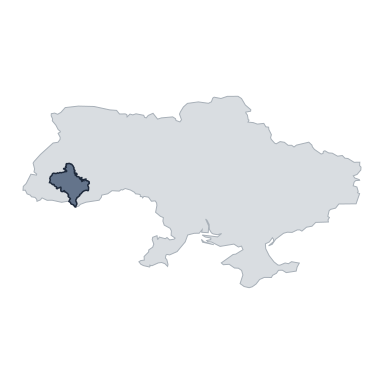 Ivano-Frankivs'k on a map of Ukraine (Natural Earth projection)
{"feature_id": "UKR-289", "entity_name": "Ivano-Frankivs'k", "entity_type": "Region", "adm_level": 1, "iso_a3": "UKR", "parent_name": "Ukraine", "parent_adm1": "", "projection": "natural_earth1", "projection_center": [24.645, 48.617], "detail": "fine", "context": "in_parent", "style": "filled", "palette": "slate", "viewbox_px": 384, "rotation_deg": 0, "n_neighbors": 0, "source": "natural_earth", "source_scale": "10m", "svg_char_len": 7997}
<svg xmlns="http://www.w3.org/2000/svg" viewBox="0 0 384 384"><path d="M269.2,255.7L274.0,261.9L277.9,265.0L279.9,265.2L285.1,263.0L288.5,263.7L291.5,261.7L299.3,263.1L297.1,267.1L296.2,271.1L286.2,272.6L282.4,270.2L278.5,270.3L276.4,273.3L272.6,275.3L271.4,277.5L264.2,277.4L259.6,279.5L256.1,284.0L252.2,286.8L249.1,287.7L244.1,286.5L240.1,283.6L242.9,275.0L241.6,270.4L238.4,268.2L234.5,268.0L229.2,264.3L223.3,264.7L221.3,262.9L233.1,254.5L235.8,254.1L243.0,249.7L241.5,246.1L238.4,247.0L233.9,244.1L220.1,246.4L211.6,242.1L207.7,241.6L206.6,240.5L210.7,239.6L210.9,238.0L205.3,237.0L202.2,235.0L217.6,236.9L221.6,233.5L217.4,234.7L213.1,233.9L211.4,232.8L209.4,229.4L209.2,224.6L207.1,220.4L205.6,219.0L208.7,226.0L208.2,232.7L201.7,232.3L202.2,229.6L199.2,233.2L194.2,233.3L187.7,235.0L185.2,241.9L177.1,251.6L169.6,254.9L166.9,254.4L165.9,255.2L165.4,258.1L166.8,259.6L168.0,264.4L167.6,266.4L164.9,263.7L161.7,262.5L158.3,262.9L152.0,265.7L149.8,265.2L150.0,266.6L149.5,267.0L143.5,265.6L140.9,264.3L138.9,261.8L140.7,260.6L144.3,260.1L144.1,256.5L148.6,252.0L148.8,249.9L152.7,247.2L153.8,244.1L152.2,239.6L152.7,237.3L157.0,235.7L157.5,239.2L158.4,238.9L159.3,237.1L165.3,238.7L167.0,237.5L169.6,239.9L174.1,239.2L175.1,238.1L171.1,235.3L171.4,230.9L170.1,228.3L164.2,225.1L162.9,221.1L163.4,217.6L160.4,216.3L155.6,212.3L156.9,205.5L156.6,202.9L155.2,200.9L151.4,201.2L148.5,197.2L143.9,196.4L142.6,197.9L141.9,196.5L140.3,196.6L140.4,194.9L139.3,194.3L135.5,193.8L134.5,192.3L130.4,190.0L125.2,188.5L122.5,190.0L121.2,189.6L119.2,191.1L112.0,190.7L107.7,193.8L101.8,195.1L101.3,197.3L99.2,200.2L86.0,202.2L80.4,204.3L78.6,206.2L75.2,206.8L69.2,201.7L67.4,201.3L61.6,202.3L52.0,200.2L47.1,200.3L42.0,197.9L40.4,199.9L37.0,201.3L36.7,199.3L35.0,197.4L31.5,196.8L30.3,195.1L27.1,193.9L25.3,190.2L23.0,190.3L23.3,186.4L26.2,183.5L30.9,174.2L36.5,175.1L36.7,174.0L34.0,171.9L34.6,168.9L33.1,163.1L34.1,161.5L40.4,154.5L53.1,143.0L57.9,142.3L60.1,139.4L60.2,137.3L58.1,133.3L60.4,131.9L60.2,131.2L58.2,129.6L55.9,125.2L52.3,120.8L52.6,118.8L51.2,115.9L51.3,113.7L54.7,113.1L57.6,114.3L60.9,112.4L65.2,107.6L78.3,106.1L94.1,106.5L109.8,109.9L116.6,110.4L119.5,114.0L125.2,113.9L126.8,114.6L127.1,116.9L130.0,114.1L132.8,114.9L136.0,113.8L143.7,115.3L144.6,117.4L146.2,117.9L148.3,115.4L153.0,113.3L157.6,119.1L161.4,117.9L172.7,116.9L175.5,118.7L176.0,120.5L179.9,121.9L181.5,119.8L179.5,114.1L180.4,111.9L183.4,107.0L187.4,103.4L198.3,101.9L208.5,103.3L211.4,101.8L212.8,98.1L214.1,97.2L221.0,98.5L227.2,96.4L238.0,96.3L241.5,98.5L245.3,105.0L250.8,109.7L250.6,111.2L245.8,112.1L245.8,112.9L247.4,115.1L248.2,119.6L249.0,120.1L248.0,122.1L253.2,122.6L257.3,124.1L263.8,123.4L265.8,126.8L268.6,127.2L268.8,129.4L271.4,134.7L270.6,137.5L271.1,139.2L274.7,143.2L276.2,143.8L280.1,141.6L284.4,142.3L288.1,145.3L291.7,145.3L294.0,147.0L296.5,145.1L308.8,142.2L311.9,145.1L312.4,146.9L314.4,149.4L321.1,154.0L323.0,153.5L323.4,151.4L324.9,150.8L328.6,152.9L332.3,153.2L337.6,156.2L342.3,155.5L344.9,158.2L347.9,158.5L354.1,162.3L359.8,162.2L359.6,165.6L361.0,167.1L360.8,170.0L357.0,174.5L353.3,175.8L354.7,178.0L359.3,179.6L359.6,180.3L355.6,180.6L354.1,182.2L353.2,185.8L356.9,187.0L358.2,191.4L357.5,192.7L359.6,193.6L356.1,203.8L338.8,204.0L335.6,208.1L330.6,209.4L329.1,210.7L327.8,216.4L329.4,217.5L328.0,219.9L328.4,222.0L315.7,222.4L312.0,226.2L306.5,227.2L301.9,231.1L299.8,229.9L297.3,229.9L292.1,232.4L287.3,232.2L283.5,233.3L275.7,239.2L272.2,244.3L268.6,245.8L273.5,241.6L273.6,239.4L272.4,237.7L269.4,241.9L265.4,243.8L265.7,248.7L269.2,255.7ZM213.8,244.7L202.6,242.2L201.4,239.4L204.0,241.8L213.8,244.7Z" fill="#d9dde1" stroke="#a8b0b8" stroke-width="1"/><path d="M75.8,206.9L75.2,207.0L74.9,206.8L74.4,206.2L73.8,205.2L73.6,205.0L73.3,204.7L71.7,204.2L71.1,203.9L70.8,203.6L70.7,203.3L70.7,202.9L70.5,202.6L70.2,202.2L69.8,201.9L69.0,201.5L69.1,201.3L69.3,200.4L69.4,200.1L70.4,198.9L70.4,198.7L69.7,197.9L68.4,196.8L68.3,196.6L68.2,196.3L68.1,196.1L68.1,195.9L68.2,195.7L68.5,195.3L68.5,195.1L68.5,194.9L68.1,194.4L67.8,193.8L67.6,193.6L66.4,192.6L66.0,192.4L65.8,192.2L65.7,192.1L65.4,191.9L64.9,191.9L64.7,191.2L64.3,190.9L64.1,190.7L63.9,190.8L63.8,191.1L63.7,191.2L63.5,191.3L63.3,191.5L63.1,191.5L62.7,191.6L62.2,191.6L61.6,191.5L61.5,191.4L61.4,191.3L61.1,191.2L60.9,190.9L60.8,190.1L60.8,189.8L60.8,189.6L60.9,189.0L60.9,188.8L61.0,188.6L60.9,188.3L60.9,188.2L60.9,187.5L60.9,187.3L60.7,187.2L60.4,187.2L59.5,187.7L59.2,187.9L58.3,188.0L57.9,188.2L57.6,188.5L57.4,188.7L57.2,188.7L56.9,188.7L56.7,188.6L56.5,188.4L56.6,188.2L56.7,187.8L56.7,187.6L56.7,187.3L56.5,187.1L56.4,186.9L56.2,186.7L55.8,186.6L55.6,186.6L55.4,186.5L54.4,185.7L54.2,185.5L54.2,185.3L54.2,185.0L54.2,184.9L54.2,184.7L53.8,184.5L53.6,184.4L53.3,184.4L53.1,184.5L52.8,184.6L52.7,184.6L52.2,184.3L51.0,183.1L50.3,182.8L49.5,182.6L50.3,180.0L50.3,179.8L50.2,179.4L50.1,179.2L49.9,179.0L49.8,178.9L49.8,178.7L50.4,176.7L50.5,176.5L50.8,176.4L51.6,175.7L51.9,175.3L52.4,174.0L52.4,173.9L52.6,173.7L52.9,173.5L53.2,173.3L53.4,173.3L53.7,173.2L55.6,173.5L56.6,173.4L56.9,173.3L57.3,173.0L57.4,172.9L57.5,172.9L58.4,173.2L58.6,173.2L58.8,173.1L59.6,172.6L59.9,172.5L60.2,172.5L61.0,172.8L61.3,172.8L62.2,172.4L62.4,172.4L62.9,172.4L63.3,172.3L63.5,172.3L64.3,171.9L65.0,171.6L65.3,171.6L65.6,171.6L65.8,171.7L66.0,171.7L66.3,171.5L66.5,171.4L66.7,171.2L66.7,170.9L66.2,170.3L66.0,170.5L65.6,170.4L65.2,170.3L65.1,170.2L65.0,169.6L65.0,169.4L65.2,169.2L65.2,168.9L64.9,168.7L64.7,168.7L64.6,168.8L64.2,169.1L63.9,169.1L63.7,169.0L63.6,168.9L63.7,168.6L63.8,168.5L64.2,168.3L64.4,168.3L64.8,168.3L65.1,168.3L65.3,168.2L65.6,167.8L66.2,167.3L66.3,167.2L66.2,166.9L65.6,166.6L65.6,166.4L65.7,166.2L66.3,165.4L66.4,165.2L66.4,164.9L66.3,164.7L66.1,164.5L66.1,164.4L66.2,164.1L66.4,163.8L66.5,163.7L66.8,163.6L67.5,163.7L69.1,163.4L69.3,163.4L69.5,163.5L69.9,163.6L70.3,163.9L70.4,164.0L70.6,164.1L70.8,164.0L71.0,164.1L71.3,164.2L71.6,164.2L73.2,166.2L73.4,166.7L73.8,167.5L74.0,167.8L74.0,168.0L73.9,168.2L73.8,168.3L73.8,168.5L74.0,168.9L74.0,169.3L74.1,169.7L74.1,169.8L74.6,170.0L74.8,170.3L74.9,170.5L74.9,170.9L74.9,171.1L74.8,171.3L74.5,171.6L74.4,171.6L74.3,171.8L74.5,172.3L74.5,172.6L74.4,172.9L74.4,173.0L74.5,173.1L74.6,173.3L74.9,173.3L75.0,173.3L75.3,173.1L75.5,173.0L75.9,173.2L76.5,173.3L76.8,173.6L76.8,173.9L76.8,174.1L77.0,174.4L77.0,174.5L76.9,174.7L76.8,174.8L76.7,174.8L76.3,174.8L75.8,174.6L75.5,174.5L75.3,174.5L75.2,174.6L75.1,174.9L75.2,175.0L75.4,175.2L76.0,175.4L76.2,175.5L76.3,175.7L76.4,176.0L76.5,176.2L76.7,176.5L77.0,176.7L77.3,176.7L78.1,176.6L78.4,176.7L79.4,177.2L79.6,177.3L79.6,177.6L79.4,178.0L79.5,178.2L79.6,178.4L80.0,179.0L80.3,179.2L80.5,178.8L80.5,178.5L80.6,178.3L80.7,178.1L80.9,178.0L81.3,177.7L81.5,177.6L81.8,177.6L81.8,177.8L81.6,178.1L81.4,178.7L81.3,179.4L81.4,179.8L81.8,179.4L82.3,179.4L83.3,179.8L82.9,180.1L81.9,180.4L81.6,180.8L81.9,181.4L82.4,181.2L83.3,180.4L83.6,180.4L83.8,180.5L83.8,180.1L83.8,179.8L83.8,179.6L84.2,179.4L84.5,179.5L84.9,179.7L85.3,179.6L85.3,179.3L85.3,179.2L85.6,179.1L85.8,179.3L86.0,179.3L85.9,179.6L85.8,179.8L85.6,179.9L85.8,180.2L86.2,180.5L86.7,180.7L87.0,180.8L87.5,180.8L87.8,180.9L88.4,181.4L88.9,181.7L89.0,181.7L89.2,182.1L89.2,182.3L89.0,182.5L89.0,182.8L89.2,183.0L89.3,183.3L89.2,183.6L88.4,184.2L88.2,184.4L88.0,184.6L87.9,184.7L87.8,184.9L87.8,185.0L87.8,185.4L88.0,186.1L88.6,187.2L88.6,187.5L88.5,189.6L88.4,190.2L88.3,190.4L88.2,190.6L87.9,190.7L87.4,190.5L87.1,190.4L86.8,190.3L86.5,190.3L85.6,190.4L84.8,190.6L84.1,190.9L82.7,191.8L80.9,193.9L80.7,194.0L80.2,194.2L80.0,194.3L79.8,194.5L79.7,194.6L79.7,194.8L79.7,195.0L79.8,195.5L79.5,195.8L79.4,195.8L79.2,196.0L78.2,196.9L78.1,197.0L77.7,197.1L77.2,197.4L77.0,197.5L76.9,198.1L76.8,198.3L75.9,199.7L75.9,199.9L75.8,200.1L75.8,200.3L75.9,200.7L75.9,201.1L75.9,201.3L76.1,201.7L76.1,201.8L76.5,202.1L76.6,202.3L76.6,202.5L76.6,203.0L76.9,203.6L76.9,203.8L76.9,204.0L75.9,206.0L75.8,206.5L75.8,206.9Z" fill="#64748b" stroke="#1e293b" stroke-width="1.5"/></svg>